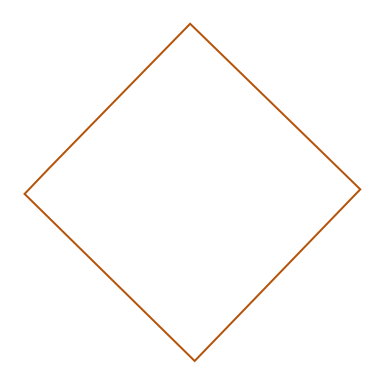 Callahan, Texas, United States of America, rotated 134°
{"feature_id": "52423323B72764612751760", "entity_name": "Callahan", "entity_type": "district", "adm_level": 2, "iso_a3": "USA", "parent_name": "United States of America", "parent_adm1": "Texas", "projection": "mercator", "projection_center": [-99.443, 32.297], "detail": "fine", "context": "isolated", "style": "outline", "palette": "amber", "viewbox_px": 384, "rotation_deg": 134, "n_neighbors": 0, "source": "geoboundaries", "source_scale": "gbopen_adm2", "svg_char_len": 253}
<svg xmlns="http://www.w3.org/2000/svg" viewBox="0 0 384 384"><g transform="rotate(134 192 192)"><path d="M81.3,72.8L73.2,72.8L73.0,115.5L72.3,310.2L273.9,311.3L309.7,311.1L311.7,72.7L81.3,72.8Z" fill="none" stroke="#b45309" stroke-width="2"/></g></svg>